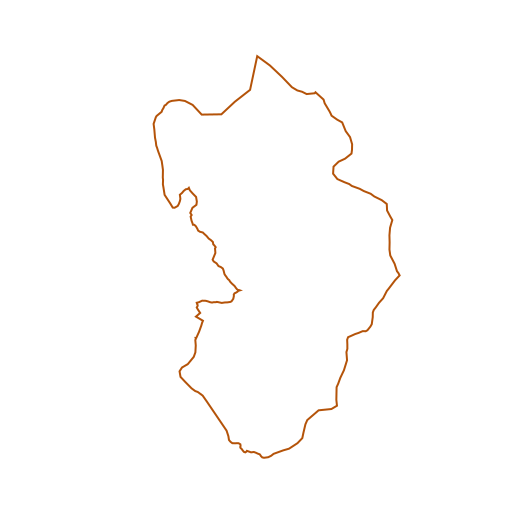 outline of Mashegu, Niger, Nigeria, rotated 110°
{"feature_id": "59680162B45761990386675", "entity_name": "Mashegu", "entity_type": "district", "adm_level": 2, "iso_a3": "NGA", "parent_name": "Nigeria", "parent_adm1": "Niger", "projection": "natural_earth1", "projection_center": [5.371, 9.82], "detail": "fine", "context": "isolated", "style": "outline", "palette": "amber", "viewbox_px": 512, "rotation_deg": 110, "n_neighbors": 0, "source": "geoboundaries", "source_scale": "gbopen_adm2", "svg_char_len": 3692}
<svg xmlns="http://www.w3.org/2000/svg" viewBox="0 0 512 512"><g transform="rotate(110 256 256)"><path d="M333.5,291.7L335.0,283.7L337.3,283.8L340.1,283.6L346.7,283.6L353.3,284.1L353.6,284.3L353.7,284.7L354.4,284.2L355.7,284.3L360.7,282.0L367.3,280.0L372.1,280.0L380.9,283.1L386.1,287.4L390.5,288.4L395.4,285.6L398.4,279.7L402.4,271.3L403.7,266.9L403.7,264.2L405.4,258.4L409.6,252.4L430.2,223.9L434.8,220.3L438.1,218.5L439.0,217.0L439.4,216.2L440.0,214.2L439.6,213.0L439.0,211.3L438.2,209.3L437.9,208.3L438.3,206.3L439.8,205.5L440.1,205.5L440.9,205.5L441.8,204.7L441.9,204.4L442.2,203.5L443.0,202.4L443.3,201.9L444.2,200.4L444.2,198.9L443.1,198.1L442.2,197.9L442.2,196.4L442.2,195.8L442.2,193.5L442.0,193.1L440.9,191.0L440.9,190.1L440.9,188.8L440.9,188.7L441.1,186.9L441.1,185.7L441.1,184.6L441.8,183.6L442.4,182.8L443.1,181.3L443.0,180.4L442.9,179.8L442.9,179.5L440.9,175.7L438.5,173.4L435.9,171.8L429.3,163.9L425.8,159.1L424.9,158.4L417.7,153.0L411.3,150.2L405.7,151.0L397.2,152.0L392.6,151.7L379.6,144.4L374.0,132.8L369.0,128.7L363.7,131.3L351.7,135.4L348.0,135.1L341.6,135.1L333.3,134.3L322.8,134.8L315.3,138.2L314.7,138.2L312.0,138.4L307.9,139.9L303.5,141.7L300.8,141.7L299.1,139.9L295.4,136.1L293.2,133.3L291.2,131.2L290.1,130.0L289.2,127.2L287.7,125.9L283.3,124.4L280.5,123.9L273.5,125.4L269.1,126.9L266.4,126.9L263.4,125.9L261.6,125.4L257.9,124.4L252.2,122.1L244.1,121.1L241.5,120.2L231.2,117.0L225.1,114.4L223.2,116.5L222.1,118.3L215.9,123.1L209.6,130.0L204.3,132.8L197.5,135.1L190.9,137.7L183.5,139.7L175.6,140.2L173.0,143.3L168.4,148.4L162.4,150.9L160.5,157.0L159.6,165.2L158.3,169.5L158.1,176.9L157.4,181.5L157.4,189.9L156.5,193.0L156.5,193.3L156.4,198.3L155.9,205.8L152.3,211.7L149.3,212.6L145.5,213.7L139.1,210.6L134.1,205.6L127.1,201.3L123.4,202.1L118.1,203.9L112.1,208.3L108.0,214.4L101.0,220.7L100.1,226.4L98.3,233.0L97.1,234.1L95.1,236.2L89.0,243.7L85.9,246.0L81.8,256.1L83.0,256.5L86.5,263.8L85.9,268.9L86.3,273.8L85.1,280.0L78.8,292.8L72.2,308.1L67.8,323.2L101.9,318.4L118.2,328.6L134.7,337.0L141.7,355.4L135.7,367.2L134.6,375.8L135.7,381.5L139.0,388.1L140.3,389.8L141.0,390.5L142.7,391.6L144.7,392.3L145.9,393.4L148.9,393.6L150.7,394.0L152.8,394.0L158.4,397.3L159.9,397.6L166.9,397.4L169.4,396.1L171.7,394.9L179.3,391.4L183.3,389.0L184.6,388.4L186.5,387.4L188.1,386.0L190.0,384.6L192.1,382.9L193.0,382.1L194.1,381.2L199.0,377.1L201.8,375.6L202.7,375.1L206.9,372.9L214.2,370.4L216.2,369.4L220.5,368.0L223.1,366.5L229.8,362.8L236.0,354.5L239.0,350.8L238.5,349.0L235.8,346.7L233.4,346.3L230.5,346.3L228.2,346.6L226.0,347.7L224.5,348.5L222.1,347.1L219.6,346.2L217.3,344.8L216.3,343.0L214.9,342.4L216.9,340.6L218.9,336.9L221.0,332.5L225.1,330.2L228.3,329.5L232.4,332.2L238.0,332.5L239.5,330.5L241.3,330.9L244.8,328.7L247.4,326.5L248.2,326.0L247.8,324.6L248.6,322.7L250.4,320.5L251.9,319.1L252.4,317.0L252.1,314.0L252.9,312.3L254.1,309.3L255.8,306.4L256.5,303.8L257.6,301.3L259.7,300.1L260.2,298.9L261.5,296.9L263.0,297.1L264.4,296.4L267.1,295.2L274.3,295.5L275.6,293.9L276.4,290.5L278.3,287.8L278.4,285.3L279.1,282.9L280.7,281.5L282.8,280.1L283.7,279.5L284.6,278.4L285.7,276.7L286.5,275.7L287.3,274.5L287.9,272.8L288.9,271.7L290.1,269.4L291.3,266.4L291.8,265.4L292.6,264.4L293.7,262.6L294.1,261.4L293.8,260.1L293.8,259.4L294.8,260.7L295.9,261.2L297.2,262.2L298.4,263.4L299.8,263.7L301.2,263.1L304.0,262.7L307.0,263.5L308.0,264.5L309.5,267.3L310.3,269.4L311.8,272.1L312.2,275.0L312.4,276.6L312.6,276.9L312.6,277.3L312.8,277.5L313.1,277.9L313.9,280.0L314.8,281.4L315.1,283.3L315.1,285.8L315.3,288.0L316.4,291.3L319.1,294.0L320.2,295.7L321.3,294.9L322.1,294.0L323.1,293.8L324.6,294.1L326.1,292.4L328.6,289.0L333.5,291.7Z" fill="none" stroke="#b45309" stroke-width="2"/></g></svg>